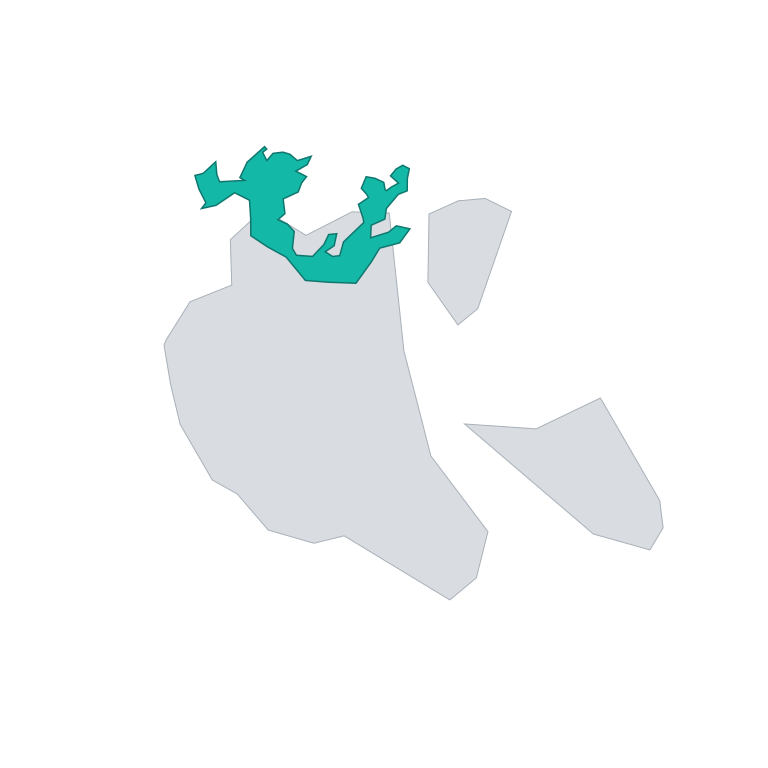 location of Sai Kung within Hong Kong S.A.R., rotated 240°
{"feature_id": "HKG-5162", "entity_name": "Sai Kung", "entity_type": "state/province", "adm_level": 1, "iso_a3": "HKG", "parent_name": "Hong Kong S.A.R.", "parent_adm1": "", "projection": "mercator", "projection_center": [114.312, 22.352], "detail": "fine", "context": "in_parent", "style": "filled", "palette": "teal", "viewbox_px": 768, "rotation_deg": 240, "n_neighbors": 0, "source": "natural_earth", "source_scale": "10m", "svg_char_len": 1699}
<svg xmlns="http://www.w3.org/2000/svg" viewBox="0 0 768 768"><g transform="rotate(240 384 384)"><path d="M281.1,243.8L283.8,241.1L315.4,210.7L362.1,201.9L386.7,187.3L451.0,187.3L490.4,199.0L527.6,212.9L531.1,217.3L552.2,257.1L545.8,301.6L585.8,323.1L595.7,366.9L551.7,390.8L549.1,442.4L529.5,474.0L402.7,417.8L298.2,388.6L204.2,400.2L170.0,367.1L164.1,333.0L272.5,273.5L281.1,243.8ZM263.7,564.4L145.2,564.5L119.9,553.8L107.4,531.3L149.4,490.3L309.1,433.8L269.1,493.2L263.7,564.4ZM494.1,564.4L469.7,580.7L402.4,502.9L398.2,477.5L450.2,472.9L508.7,508.0L505.5,539.9L494.1,564.4Z" fill="#d9dde1" stroke="#a8b0b8" stroke-width="1"/><path d="M627.2,313.7L630.0,320.4L645.3,321.2L659.1,324.5L656.8,332.7L660.6,349.4L648.9,343.9L641.4,342.7L630.0,365.1L634.8,362.4L644.5,376.4L649.3,399.2L646.1,399.9L645.3,394.7L636.1,394.2L639.2,403.3L635.3,412.4L630.0,417.4L620.8,420.6L617.6,434.8L612.4,427.3L612.4,414.1L602.3,420.6L599.4,413.3L593.2,405.7L594.7,389.2L581.1,383.4L579.3,374.2L570.9,380.2L561.0,382.5L547.2,372.5L539.3,372.5L530.2,385.9L534.8,401.6L541.1,410.8L537.8,418.2L528.7,410.0L527.9,399.2L520.1,403.3L517.3,409.8L527.3,420.0L534.0,447.3L538.5,448.9L552.4,451.7L553.2,463.8L557.0,463.8L564.8,462.2L572.4,472.2L566.6,479.1L558.7,484.6L551.7,482.1L550.2,482.9L550.9,488.8L550.7,497.0L561.0,493.7L564.1,502.0L564.1,509.5L557.8,513.6L550.2,506.9L539.7,500.7L541.1,491.2L534.8,473.8L526.4,467.2L527.2,458.9L527.9,452.3L517.3,445.5L513.2,463.8L514.8,473.8L505.4,484.0L498.4,468.1L503.8,448.2L496.1,434.1L485.3,410.1L499.9,386.8L513.0,367.7L542.9,362.7L560.6,351.9L579.0,342.8L593.6,351.1L610.4,359.4L624.3,350.3L622.7,327.9L627.2,313.7Z" fill="#14b8a6" stroke="#0f766e" stroke-width="1.5"/></g></svg>